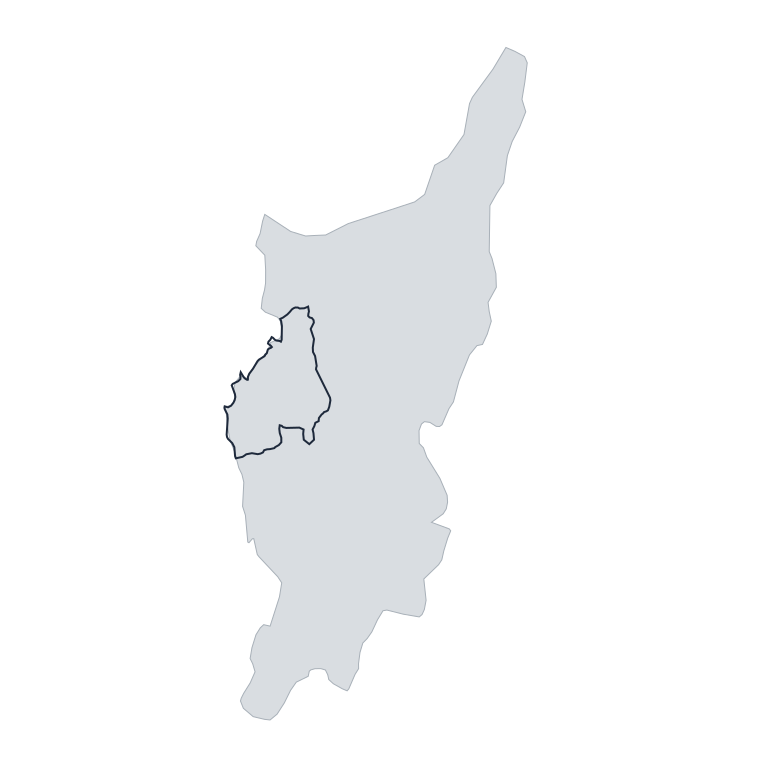 Samtskhe-Javakheti highlighted on a map of Georgia, rotated 86°
{"feature_id": "GEO-3038", "entity_name": "Samtskhe-Javakheti", "entity_type": "Region", "adm_level": 1, "iso_a3": "GEO", "parent_name": "Georgia", "parent_adm1": "", "projection": "mercator", "projection_center": [43.25, 41.511], "detail": "fine", "context": "in_parent", "style": "outline", "palette": "slate", "viewbox_px": 768, "rotation_deg": 86, "n_neighbors": 0, "source": "natural_earth", "source_scale": "10m", "svg_char_len": 3773}
<svg xmlns="http://www.w3.org/2000/svg" viewBox="0 0 768 768"><g transform="rotate(86 384 384)"><path d="M395.1,544.5L395.4,542.0L394.6,538.2L391.5,535.5L387.3,533.7L379.5,534.3L372.3,532.5L367.1,527.7L366.0,524.0L368.9,521.0L366.8,518.5L357.8,512.5L343.1,497.7L334.8,494.3L331.5,485.0L328.2,483.0L321.1,482.2L313.8,483.1L312.2,484.1L309.9,485.6L304.1,497.3L300.0,501.2L290.1,499.4L281.8,496.6L275.1,495.1L262.0,494.1L247.2,493.9L237.2,502.2L232.9,501.1L225.3,497.1L213.0,493.7L206.5,491.1L225.3,466.5L230.9,451.9L231.0,443.0L231.3,431.8L221.5,408.5L213.2,375.3L204.5,340.7L197.7,330.2L169.3,318.2L162.7,304.5L140.7,286.8L110.2,279.1L104.1,275.8L77.6,253.4L56.8,238.9L61.3,230.2L67.2,221.0L73.6,218.7L92.4,222.4L109.7,226.5L122.3,223.6L137.3,230.8L151.0,239.2L164.8,245.0L191.7,250.6L201.7,258.2L213.4,265.9L259.3,269.8L263.0,268.6L266.4,267.5L281.8,264.7L295.4,265.2L309.8,274.5L319.0,274.0L328.8,272.6L341.4,277.5L351.4,283.0L352.2,288.6L360.9,296.7L386.2,309.0L406.7,316.0L413.1,320.9L428.7,329.0L430.3,331.6L429.9,334.9L425.5,340.9L424.4,346.3L426.5,349.4L432.9,352.3L445.8,353.0L450.4,349.1L460.0,346.4L469.5,341.4L482.1,334.8L499.4,328.8L506.3,328.8L512.9,330.6L517.6,334.0L525.3,346.3L533.1,329.0L535.1,327.7L542.2,331.2L554.7,336.0L563.4,338.6L568.0,342.1L581.3,357.9L602.7,357.1L611.8,359.5L616.6,362.1L618.8,365.1L615.0,380.7L609.7,396.9L610.1,400.8L618.7,406.9L630.4,413.4L636.7,418.5L640.9,423.2L650.2,426.7L661.1,428.9L666.2,429.2L671.6,433.1L685.7,440.4L687.5,442.2L685.1,446.9L679.5,455.4L675.0,459.7L670.1,460.4L665.2,462.4L663.5,466.9L663.2,472.8L664.1,477.0L665.3,478.6L670.3,480.0L675.3,492.3L683.1,498.6L695.2,505.7L705.9,513.7L711.2,521.1L710.2,526.5L706.7,537.7L697.7,546.9L690.2,549.3L687.6,548.4L682.7,545.5L672.8,538.3L662.1,532.7L653.9,534.5L648.5,536.7L637.8,534.1L625.2,529.2L618.6,524.4L615.7,520.8L617.6,514.5L589.0,503.1L575.2,499.9L568.9,503.4L547.8,520.6L545.3,522.3L529.2,524.7L529.2,526.1L532.9,529.8L532.2,530.9L505.2,531.4L496.2,533.6L472.2,530.7L464.3,532.0L457.5,534.7L441.1,537.7L429.7,541.4L415.2,543.2L400.3,543.4L395.1,544.5Z" fill="#d9dde1" stroke="#a8b0b8" stroke-width="1"/><path d="M335.6,496.9L333.7,496.3L331.9,494.3L329.4,492.8L330.2,491.5L332.1,489.9L332.9,488.9L333.3,487.7L333.5,486.4L333.8,485.1L334.6,483.9L332.7,483.0L319.0,481.8L314.1,482.2L312.2,482.9L311.8,483.0L310.8,480.3L307.9,475.6L305.6,473.0L303.1,470.6L302.1,468.9L301.5,467.1L301.7,464.6L302.8,462.9L302.9,458.3L302.0,455.6L301.5,454.3L306.4,453.8L308.5,454.5L310.8,454.9L312.4,453.6L313.2,451.3L315.4,449.8L317.9,449.7L324.0,453.3L334.3,450.7L342.7,452.5L347.1,452.6L351.3,450.8L361.3,449.9L363.0,450.5L364.6,450.8L393.9,438.8L396.6,438.6L402.9,440.2L406.4,441.8L407.3,443.6L407.8,445.7L409.1,446.9L410.1,448.4L413.4,451.3L416.5,451.8L417.9,455.2L421.1,456.4L424.4,458.4L428.1,457.8L434.7,457.7L438.8,462.7L434.0,467.9L428.2,468.1L423.8,467.4L421.6,471.5L421.0,484.5L420.0,487.7L418.6,488.9L417.9,490.9L421.4,491.6L425.7,491.4L430.4,490.2L435.0,490.5L437.6,493.2L439.4,497.0L440.3,497.8L440.6,499.6L441.0,502.4L441.0,505.2L441.7,508.2L443.8,509.5L444.8,512.0L445.2,514.8L443.8,520.6L444.5,526.3L445.7,528.2L446.8,530.2L447.8,537.0L445.6,537.6L436.6,537.7L432.4,539.5L427.8,543.5L425.9,544.3L423.5,544.5L407.6,542.3L403.4,542.4L398.1,544.6L397.2,544.8L396.2,544.8L395.2,544.5L396.4,541.2L395.0,538.1L392.3,535.6L389.7,534.1L386.6,533.2L383.7,533.4L374.7,536.0L373.3,534.9L371.0,529.2L369.0,526.9L367.1,526.7L364.9,526.9L362.3,526.1L367.6,523.4L369.0,522.1L370.3,520.2L370.2,519.5L367.3,519.2L364.3,517.7L359.6,513.6L352.4,508.6L351.0,507.1L348.1,501.6L347.3,500.7L346.4,500.4L346.0,499.8L345.6,499.3L345.0,498.7L342.1,497.7L341.3,497.3L340.5,495.8L340.0,494.2L339.3,493.3L338.0,494.2L335.6,496.9Z" fill="none" stroke="#1e293b" stroke-width="2"/></g></svg>